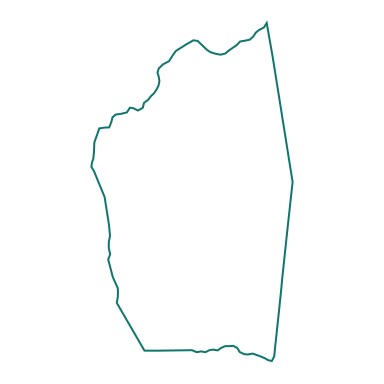 Fátima, Bahia, Brazil (orthographic projection)
{"feature_id": "56859067B62800644431285", "entity_name": "Fátima", "entity_type": "district", "adm_level": 2, "iso_a3": "BRA", "parent_name": "Brazil", "parent_adm1": "Bahia", "projection": "orthographic", "projection_center": [-38.212, -10.587], "detail": "fine", "context": "isolated", "style": "outline", "palette": "teal", "viewbox_px": 384, "rotation_deg": 0, "n_neighbors": 0, "source": "geoboundaries", "source_scale": "gbopen_adm2", "svg_char_len": 1308}
<svg xmlns="http://www.w3.org/2000/svg" viewBox="0 0 384 384"><path d="M271.8,361.0L274.2,356.5L275.1,347.1L276.5,334.5L277.0,329.6L279.2,309.0L280.4,297.3L281.0,291.7L282.2,278.7L287.8,225.9L292.6,182.0L281.0,109.1L272.7,57.1L266.7,23.0L263.9,27.5L259.3,29.8L255.8,32.6L253.3,36.5L249.7,39.7L244.7,40.7L240.1,41.5L236.5,45.3L229.7,49.9L225.3,53.5L220.5,54.7L215.4,53.7L210.6,52.2L207.4,50.2L202.2,45.3L197.6,40.9L193.4,40.3L189.6,42.5L185.8,44.6L182.8,46.6L178.8,49.1L175.8,51.0L172.6,55.5L169.0,61.2L163.1,64.3L158.8,68.4L157.5,72.6L158.8,77.0L159.4,81.1L158.5,85.6L156.4,89.8L153.8,93.5L150.7,96.4L148.5,99.4L144.0,102.9L142.7,107.9L137.9,110.5L133.5,108.3L129.9,107.7L126.9,112.4L121.2,113.8L115.6,114.6L112.5,117.3L111.4,121.8L109.2,127.4L104.4,127.6L99.3,128.4L94.3,142.7L94.0,151.8L93.3,158.7L91.9,162.9L91.4,166.8L94.0,171.2L104.6,197.0L109.0,224.9L110.0,235.9L108.8,242.1L108.8,248.1L110.2,254.3L108.2,259.4L112.8,277.1L115.5,283.1L117.8,288.2L118.0,292.7L117.8,296.8L116.8,302.9L144.5,350.7L155.5,350.7L192.0,350.2L196.8,352.2L201.0,351.4L205.4,352.2L209.1,350.3L213.0,349.6L217.7,350.4L221.1,347.9L225.3,346.1L229.7,346.1L233.3,345.9L237.3,348.0L239.7,352.0L244.0,354.1L247.7,354.5L252.7,353.6L259.2,355.9L265.0,358.3L268.2,360.2L271.8,361.0Z" fill="none" stroke="#0f766e" stroke-width="2"/></svg>